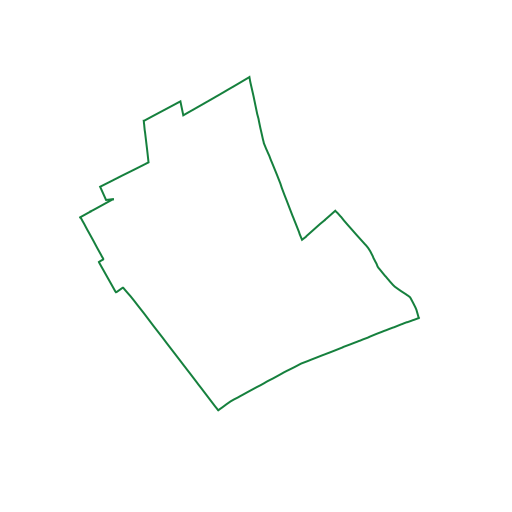 Scutelnici, Buzau, Romania, rotated 29°
{"feature_id": "2599482B43358444989508", "entity_name": "Scutelnici", "entity_type": "district", "adm_level": 2, "iso_a3": "ROU", "parent_name": "Romania", "parent_adm1": "Buzau", "projection": "mercator", "projection_center": [26.956, 44.836], "detail": "fine", "context": "isolated", "style": "outline", "palette": "green", "viewbox_px": 512, "rotation_deg": 29, "n_neighbors": 0, "source": "geoboundaries", "source_scale": "gbopen_adm2", "svg_char_len": 3988}
<svg xmlns="http://www.w3.org/2000/svg" viewBox="0 0 512 512"><g transform="rotate(29 256 256)"><path d="M297.6,409.2L297.7,409.3L297.8,409.3L298.7,407.2L299.7,405.2L300.8,402.8L302.0,400.1L304.3,395.4L306.3,392.1L307.8,389.9L308.7,388.6L310.2,386.1L311.5,384.1L314.5,379.3L315.2,378.2L320.3,370.2L322.5,367.0L324.8,363.3L325.7,361.7L326.6,360.2L327.6,358.7L328.0,358.1L330.2,354.9L333.8,349.2L335.9,345.8L336.6,344.6L338.8,341.3L339.6,340.2L341.4,337.6L343.4,334.7L345.3,331.8L346.9,329.3L347.2,328.9L347.7,328.1L350.0,325.4L352.2,322.8L354.6,319.8L357.6,316.2L361.8,311.1L368.3,303.4L370.7,300.5L375.6,294.5L375.9,294.2L376.2,293.8L376.3,293.5L376.3,293.4L381.2,287.7L384.1,284.2L385.8,282.2L386.4,281.5L386.9,280.8L388.4,279.2L388.5,279.0L389.9,277.2L393.2,273.4L394.2,272.1L394.2,271.9L394.7,271.3L397.4,267.9L399.4,265.4L399.5,265.3L399.9,264.8L402.7,261.5L404.3,259.5L405.0,258.7L405.3,258.4L405.9,257.7L408.1,255.0L410.4,252.3L411.2,251.5L411.3,251.4L414.6,247.3L416.3,245.2L416.9,244.6L417.5,243.8L418.3,242.8L420.0,240.8L420.4,240.6L422.0,238.8L423.5,237.1L424.0,236.4L425.0,235.4L426.2,234.0L427.3,232.7L427.8,232.1L428.1,231.8L428.2,231.7L428.5,231.5L428.6,231.3L428.6,231.2L428.0,230.9L423.4,226.3L422.4,225.3L420.5,223.8L416.7,221.2L412.1,218.2L411.1,217.6L410.3,217.3L408.2,217.0L406.4,216.9L406.1,216.8L400.1,216.4L396.2,216.0L392.0,215.5L391.4,215.3L389.5,214.8L389.0,214.6L385.5,213.4L383.3,212.5L382.6,212.3L379.3,211.0L378.7,210.9L376.7,210.1L374.7,209.3L372.0,208.2L370.5,207.6L370.2,207.5L368.6,206.9L368.1,206.6L367.5,206.3L365.1,204.3L362.7,202.8L361.4,201.9L359.7,200.8L358.3,199.6L355.6,197.8L353.7,196.5L350.4,194.7L348.5,193.9L346.7,193.2L345.9,193.0L333.7,188.8L328.4,186.9L327.0,186.4L323.9,185.3L320.5,184.1L315.6,182.3L311.6,180.6L310.8,180.4L309.6,180.0L309.4,179.9L306.6,178.9L304.2,178.3L303.4,178.0L301.4,183.7L298.7,191.2L298.8,191.4L298.6,191.7L296.6,196.7L294.0,204.1L290.6,213.8L290.5,214.1L290.4,214.9L288.4,219.5L284.1,216.1L283.6,215.7L281.9,214.1L279.7,212.3L277.4,210.4L274.1,207.7L271.5,205.6L270.7,204.9L268.3,203.0L264.6,199.9L255.9,192.6L251.4,188.9L245.4,183.8L242.3,180.9L234.8,174.7L224.6,166.5L222.9,165.2L221.0,163.6L218.9,161.8L217.1,160.5L215.9,159.6L214.9,158.8L213.0,157.4L207.9,153.3L207.7,152.9L205.4,150.5L202.3,147.0L199.9,144.3L197.9,142.1L196.0,139.9L193.5,137.0L191.6,134.7L188.2,131.2L176.5,117.6L175.0,115.9L167.2,107.2L166.0,105.8L163.5,102.7L163.3,103.1L161.4,106.3L157.3,113.3L155.0,117.2L151.2,123.5L145.1,133.8L144.8,134.3L144.3,135.1L143.5,136.4L143.0,137.3L127.4,162.9L124.2,168.2L114.9,157.4L97.3,184.6L92.5,192.1L92.3,192.2L92.8,192.9L93.2,193.5L93.5,194.0L94.5,195.3L94.7,195.6L95.5,196.8L96.4,198.1L97.5,199.7L99.2,201.9L102.3,206.2L109.8,216.6L116.6,226.2L109.1,237.3L104.0,244.7L99.7,250.9L89.3,266.3L86.1,271.0L97.7,279.7L103.3,275.6L103.5,275.9L103.0,276.3L99.9,281.2L96.7,286.3L93.3,291.7L91.2,295.0L90.3,296.3L89.6,297.2L89.8,297.4L88.7,299.0L85.9,303.5L83.7,307.0L83.4,307.5L83.5,307.6L84.0,307.7L84.3,307.7L84.5,307.7L84.6,307.8L84.9,308.0L85.3,308.2L86.4,308.9L87.3,309.5L88.5,310.2L90.6,311.5L92.7,312.9L96.1,315.1L97.6,316.0L106.2,321.4L113.3,326.0L114.1,326.5L115.4,327.3L117.3,328.5L119.9,330.1L121.4,331.1L122.6,331.8L123.5,332.3L123.9,332.7L124.0,332.9L124.0,333.2L123.6,333.8L122.5,335.6L121.5,337.4L121.6,337.5L121.8,337.6L122.2,337.9L122.8,338.3L125.7,340.1L129.3,342.3L130.1,342.8L133.5,344.9L136.9,347.0L138.7,348.1L141.3,349.7L144.7,351.8L149.2,354.6L149.8,355.0L151.1,355.6L151.3,355.4L151.4,355.2L151.7,354.8L151.9,354.4L154.1,349.8L154.4,349.2L154.7,348.6L155.0,348.2L155.4,348.2L156.4,348.6L158.2,349.3L162.3,350.8L165.7,352.0L170.6,354.0L176.4,356.5L185.9,360.5L200.3,366.9L214.1,372.8L219.9,375.4L241.8,384.9L246.8,387.1L247.8,387.5L250.5,388.7L255.2,390.7L265.9,395.4L267.4,396.1L272.6,398.3L274.6,399.2L280.3,401.7L292.8,407.2L294.0,407.7L294.3,407.8L295.3,408.2L296.4,408.7L296.8,408.8L297.1,409.0L297.5,409.1L297.6,409.2Z" fill="none" stroke="#15803d" stroke-width="2"/></g></svg>